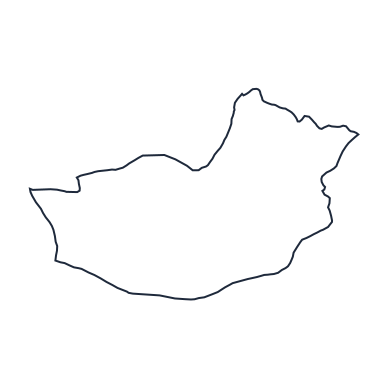 Owan East, Edo, Nigeria, rotated 94°
{"feature_id": "59680162B90522809362613", "entity_name": "Owan East", "entity_type": "district", "adm_level": 2, "iso_a3": "NGA", "parent_name": "Nigeria", "parent_adm1": "Edo", "projection": "robinson", "projection_center": [6.02, 7.027], "detail": "fine", "context": "isolated", "style": "outline", "palette": "slate", "viewbox_px": 384, "rotation_deg": 94, "n_neighbors": 0, "source": "geoboundaries", "source_scale": "gbopen_adm2", "svg_char_len": 2844}
<svg xmlns="http://www.w3.org/2000/svg" viewBox="0 0 384 384"><g transform="rotate(94 192 192)"><path d="M277.2,136.8L274.9,130.2L273.9,126.7L272.3,121.3L270.8,117.1L269.7,114.2L269.2,110.6L268.7,108.2L268.1,104.6L266.6,100.5L263.5,96.9L261.4,93.4L259.9,91.6L259.3,91.0L256.3,89.3L256.2,89.2L253.1,88.1L249.5,86.9L245.4,86.4L239.7,83.4L234.5,80.5L231.9,78.8L229.9,74.6L227.8,71.0L225.6,67.6L225.2,66.9L223.9,64.6L223.1,63.3L221.6,61.0L220.5,58.6L217.4,53.8L214.8,52.1L212.2,50.3L210.7,50.3L206.0,51.6L200.9,53.4L197.8,55.2L193.7,54.1L188.5,54.1L187.0,56.0L185.4,59.6L181.8,62.0L181.3,61.4L180.3,60.2L177.7,59.6L176.1,61.4L173.0,63.3L170.0,63.9L167.4,63.3L163.2,59.2L161.2,55.6L158.6,52.1L156.0,49.7L153.1,48.9L145.6,46.3L141.0,44.5L135.8,41.6L132.2,39.2L129.1,36.3L126.0,33.3L123.0,30.1L121.7,32.0L120.7,34.6L120.3,38.0L119.3,39.5L117.7,41.0L115.7,42.9L115.3,45.9L116.6,48.9L116.9,51.2L116.9,52.3L116.8,57.2L116.1,60.2L118.4,64.7L120.0,67.0L119.9,67.5L119.6,69.3L118.0,71.1L117.3,71.9L115.3,73.4L114.0,74.9L111.4,77.5L109.7,79.4L108.7,80.5L108.3,85.0L112.2,87.5L114.2,89.6L114.2,91.5L111.9,92.6L110.2,93.7L107.6,95.9L105.6,98.2L104.6,100.0L103.3,102.7L102.3,104.5L102.2,107.2L101.5,110.5L99.5,114.7L99.2,116.2L99.2,118.4L98.5,121.1L97.8,123.3L96.5,126.7L95.1,128.2L93.5,128.6L91.9,129.3L89.6,130.4L87.3,131.1L85.9,131.9L84.9,133.4L84.6,134.9L85.2,138.6L86.8,140.5L88.1,141.7L89.7,143.6L91.0,145.5L92.0,147.4L90.6,148.9L92.2,150.1L95.9,153.0L100.0,155.4L104.6,155.9L107.2,155.3L108.8,155.9L110.3,155.9L112.5,156.4L112.9,156.4L116.5,157.6L121.2,157.5L125.8,158.7L131.0,160.4L134.6,161.6L137.7,163.3L141.3,164.5L146.0,166.8L149.1,169.2L153.2,172.1L157.4,173.9L161.0,176.2L164.1,178.0L164.8,178.8L165.6,179.8L167.2,183.9L169.8,186.9L169.9,188.0L170.3,192.8L166.2,198.8L160.6,210.8L157.0,222.2L157.1,223.1L159.1,243.7L161.7,247.8L164.3,251.4L167.9,256.7L170.0,259.1L172.6,262.7L173.6,265.6L175.2,269.8L175.2,273.4L176.2,278.1L177.8,287.1L178.8,290.6L179.6,292.4L179.9,293.0L181.4,297.7L182.5,301.4L183.5,304.3L185.6,307.9L188.2,306.1L191.8,305.4L195.9,304.2L198.5,304.2L200.1,306.5L200.6,317.3L200.1,319.1L199.6,323.3L199.1,326.8L199.1,333.4L201.0,351.0L200.1,353.9L203.3,353.1L206.9,351.2L213.1,347.0L219.3,341.5L223.4,339.1L227.5,336.1L230.1,333.7L232.1,331.9L235.7,329.4L239.4,327.6L245.5,325.7L251.2,324.5L255.3,322.7L260.0,322.6L264.6,323.2L269.9,323.5L271.3,318.3L271.8,314.1L273.9,308.7L275.4,304.5L275.9,299.7L276.4,296.8L279.5,289.6L281.6,283.6L284.6,277.0L287.7,271.0L289.4,267.1L289.5,266.9L290.3,265.0L290.4,264.8L292.9,259.6L294.4,254.8L295.9,250.0L297.0,248.2L297.5,244.0L297.4,217.1L299.4,201.6L299.4,195.6L299.4,192.2L299.3,185.5L298.8,181.9L297.3,177.7L297.2,177.2L296.2,172.4L292.6,164.7L290.0,159.3L286.9,155.2L284.6,152.1L284.3,151.6L281.7,147.5L280.1,145.1L277.2,136.8Z" fill="none" stroke="#1e293b" stroke-width="2"/></g></svg>